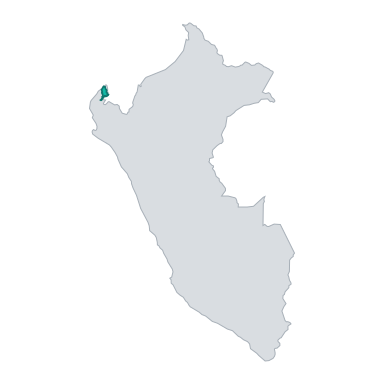 location of Tumbes, Tumbes, Peru
{"feature_id": "86281439B11077659062931", "entity_name": "Tumbes", "entity_type": "district", "adm_level": 2, "iso_a3": "PER", "parent_name": "Peru", "parent_adm1": "Tumbes", "projection": "robinson", "projection_center": [-80.432, -3.859], "detail": "fine", "context": "in_parent", "style": "filled", "palette": "teal", "viewbox_px": 384, "rotation_deg": 0, "n_neighbors": 0, "source": "geoboundaries", "source_scale": "gbopen_adm2", "svg_char_len": 5997}
<svg xmlns="http://www.w3.org/2000/svg" viewBox="0 0 384 384"><path d="M274.8,100.5L274.7,101.7L273.3,102.3L272.1,101.4L270.3,101.7L267.6,98.9L261.2,99.3L258.3,102.6L254.1,103.3L249.4,104.8L244.1,105.4L235.9,110.6L234.0,112.8L230.2,115.8L227.1,116.8L225.6,126.3L222.6,131.8L221.4,134.9L223.0,139.4L223.0,141.6L221.3,143.5L219.9,143.6L217.1,145.6L212.8,149.8L212.1,153.0L213.4,157.2L212.9,157.7L209.5,158.5L209.5,160.9L208.8,161.8L211.7,165.1L213.4,165.9L213.5,166.8L213.2,167.7L212.5,168.0L212.5,168.8L214.6,171.3L216.1,176.3L219.2,178.8L219.2,180.4L220.1,182.0L221.7,183.2L225.4,188.3L225.5,190.6L221.6,196.0L228.0,196.0L235.0,197.8L236.0,198.7L236.9,201.1L237.0,202.7L238.4,204.0L238.2,207.0L247.5,207.0L253.5,206.3L263.3,197.3L264.9,196.5L264.1,198.5L263.9,199.9L264.4,201.4L263.3,203.6L263.0,225.5L264.8,224.4L267.1,226.4L268.7,226.5L274.1,224.1L280.3,224.5L294.5,253.1L293.2,255.0L293.2,256.5L291.4,257.8L289.6,260.1L289.4,271.4L287.9,274.9L288.7,276.7L289.5,280.3L290.8,282.5L291.1,283.9L290.9,284.4L288.9,285.6L288.8,287.7L285.1,291.8L284.4,294.5L283.1,295.4L282.8,298.5L286.0,303.6L283.9,306.6L281.9,311.0L285.0,320.4L286.3,321.8L287.8,321.7L289.9,322.5L291.0,323.9L288.3,325.7L287.9,326.4L288.0,329.5L285.1,331.8L281.2,337.7L280.1,338.1L278.2,339.8L277.8,340.7L278.1,341.6L279.8,343.3L279.9,345.5L277.1,348.1L275.1,348.4L274.4,349.1L275.1,352.7L275.1,354.4L274.5,356.3L273.0,358.4L268.9,360.6L265.1,361.0L258.8,355.5L256.8,353.3L250.5,348.7L249.6,343.9L247.5,341.6L243.6,339.8L240.5,337.3L238.2,336.2L232.5,330.7L227.3,329.0L217.6,323.3L212.3,321.4L205.6,316.0L202.0,314.6L199.1,312.1L190.2,306.8L188.9,305.1L187.5,302.5L185.6,300.9L183.4,297.3L180.1,295.2L176.9,292.4L173.1,284.9L171.2,283.2L171.1,279.8L169.8,278.2L171.7,277.1L173.0,271.8L172.3,269.1L167.9,262.0L167.0,259.0L163.8,253.5L162.6,250.2L160.0,247.9L158.9,245.8L157.4,244.9L157.3,242.4L156.3,237.6L154.9,235.2L149.7,230.7L149.2,225.8L148.0,222.3L140.7,208.5L136.5,195.3L133.0,187.9L131.5,183.6L131.4,181.4L128.8,177.4L127.4,173.8L121.4,166.9L118.0,159.2L117.5,157.0L115.2,152.7L111.4,147.2L109.5,145.0L98.1,138.2L92.7,134.1L92.1,132.0L92.4,130.7L93.5,129.6L95.2,130.5L96.2,130.1L96.9,128.6L97.0,126.3L96.0,123.4L92.3,117.7L93.3,115.1L89.5,108.5L90.4,102.1L91.2,100.4L96.8,93.9L98.3,91.2L100.7,89.4L103.1,86.8L106.0,84.8L106.9,85.5L107.7,89.0L107.6,91.3L108.4,93.9L106.4,96.2L104.2,95.7L103.3,96.3L103.0,97.4L103.4,99.2L103.9,99.9L105.6,100.0L103.4,103.4L103.5,104.1L105.1,104.7L106.5,103.8L108.1,101.9L109.0,101.6L114.6,104.9L117.2,104.5L119.2,106.1L119.4,108.5L122.2,113.2L126.4,114.4L127.1,114.0L128.0,112.2L128.9,112.0L129.1,109.3L132.7,106.5L133.3,104.6L132.7,103.2L132.8,102.1L134.9,95.9L135.6,95.2L136.2,93.2L137.1,92.0L138.3,85.0L139.3,85.0L140.2,86.7L141.3,86.2L140.7,84.7L140.9,84.1L144.9,78.5L146.2,77.3L165.4,69.6L175.1,61.6L183.5,50.5L186.2,39.3L187.2,40.1L188.8,39.8L188.2,35.3L188.6,33.2L188.6,32.5L185.9,29.8L184.9,26.9L182.6,25.2L182.7,24.5L185.1,25.2L187.3,24.9L189.2,23.0L190.6,23.2L193.8,25.7L196.1,26.0L196.8,27.8L199.1,29.1L202.3,33.0L203.8,37.2L203.7,38.0L205.1,40.2L208.3,41.3L211.4,44.4L214.6,45.3L216.1,48.1L216.9,49.0L217.4,50.6L216.9,52.5L217.3,53.5L219.7,55.2L221.8,55.3L222.2,56.1L223.4,60.7L222.6,63.0L222.9,64.3L225.6,65.5L226.4,66.5L228.5,66.7L231.5,65.7L235.3,67.1L238.1,66.6L239.5,66.2L240.8,65.2L242.0,65.2L244.9,62.3L245.7,62.0L248.9,63.3L251.5,65.4L254.8,65.0L256.2,63.7L258.5,63.0L262.8,65.5L263.7,66.7L264.9,66.9L269.5,69.4L270.3,70.4L272.7,71.3L273.2,72.1L273.1,73.0L262.3,92.1L265.6,93.6L268.7,92.7L270.3,94.0L271.5,97.0L273.9,99.1L274.8,100.5Z" fill="#d9dde1" stroke="#a8b0b8" stroke-width="1"/><path d="M100.5,100.1L100.8,100.3L101.0,100.4L101.3,100.3L101.4,100.1L101.5,100.1L101.7,99.9L101.8,99.9L101.9,99.7L102.0,99.6L102.1,99.4L102.2,99.2L102.3,99.1L102.4,98.9L102.4,98.7L102.5,98.7L102.6,98.4L102.7,98.2L102.8,98.1L102.9,97.9L103.0,97.8L103.2,97.7L103.3,97.7L103.6,97.6L103.6,97.4L103.6,97.2L103.7,96.8L103.9,96.8L104.0,96.7L103.9,96.5L103.9,96.4L104.0,96.4L104.1,96.2L104.3,95.9L104.4,96.0L104.5,95.9L104.6,96.0L104.6,95.9L104.8,95.8L105.0,95.9L105.3,95.8L105.5,95.8L105.5,96.0L105.8,96.0L106.0,96.1L106.0,96.3L106.3,96.3L106.5,96.4L106.8,96.3L106.9,96.2L107.0,96.1L107.1,95.9L107.2,95.7L107.3,95.6L107.5,95.4L107.4,95.4L107.5,95.3L107.5,95.2L107.6,95.3L107.7,95.2L107.8,95.2L107.8,95.3L107.9,95.2L108.1,95.1L108.3,94.9L108.4,94.7L108.2,94.7L108.1,94.4L108.1,94.5L108.0,94.4L107.9,94.4L107.7,94.4L107.4,94.3L107.4,94.2L107.3,94.3L107.2,94.3L107.1,94.2L107.1,93.9L107.2,93.7L107.2,93.3L107.1,93.2L107.1,92.9L107.0,92.7L106.9,92.6L106.8,92.4L106.6,92.3L106.7,92.2L106.4,91.9L106.4,91.6L106.4,91.3L106.5,91.1L106.4,91.1L106.4,90.9L106.4,90.7L106.5,90.4L106.4,90.3L106.4,90.2L106.5,90.2L106.5,89.9L106.4,89.9L106.4,89.7L106.2,89.6L105.8,89.3L105.8,89.2L105.7,89.2L105.1,86.8L104.9,86.9L104.8,87.0L104.7,87.0L104.4,87.1L104.5,87.0L104.4,87.0L104.5,87.0L104.5,86.9L104.3,86.9L104.4,86.7L104.3,86.8L104.2,86.8L104.2,86.7L104.3,86.8L104.3,86.7L104.5,86.6L104.8,86.6L104.7,86.6L104.4,86.7L103.9,86.9L103.8,87.0L103.9,86.9L103.7,87.0L103.4,87.0L103.4,86.9L103.5,86.9L103.3,86.9L103.3,87.0L103.3,86.9L103.5,86.9L103.3,86.8L103.2,87.0L103.2,86.9L103.1,87.1L102.9,87.4L102.5,88.4L102.2,88.9L102.0,89.2L101.9,89.4L101.7,89.4L101.5,89.5L101.5,89.9L101.5,90.0L101.7,90.4L101.8,90.5L101.9,90.8L101.9,91.1L102.0,91.1L102.3,91.2L102.3,91.4L102.3,91.6L102.3,91.8L102.3,92.0L102.2,92.1L101.9,92.2L101.9,92.3L101.7,92.7L101.7,92.9L101.7,93.0L101.8,93.1L102.2,93.1L102.4,93.1L102.5,93.2L102.5,93.3L102.5,93.5L102.4,93.8L102.4,94.1L102.5,94.1L102.5,94.3L102.8,94.4L102.8,94.5L102.7,94.6L102.6,94.8L102.7,95.0L102.7,95.4L102.8,95.5L102.8,95.8L102.8,96.1L102.7,96.2L102.8,96.2L102.9,96.3L102.9,96.5L102.6,96.6L102.5,96.8L102.4,96.9L102.4,97.0L102.2,97.1L102.2,97.3L102.2,97.5L102.1,97.8L102.0,98.0L101.9,98.2L101.9,98.3L101.8,98.5L101.7,98.8L101.5,99.0L101.4,99.2L101.3,99.3L101.2,99.3L101.0,99.5L100.9,99.7L100.8,99.9L100.7,100.0L100.5,100.1Z" fill="#14b8a6" stroke="#0f766e" stroke-width="1.5"/></svg>